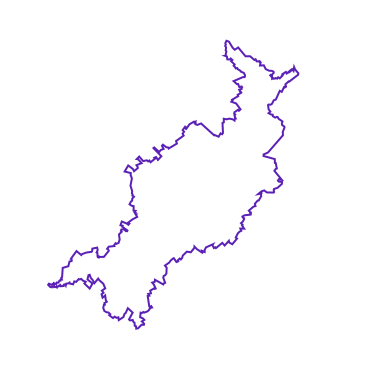 San Pelayo, Córdoba, Colombia, rotated 307°
{"feature_id": "7082276B81203589950086", "entity_name": "San Pelayo", "entity_type": "district", "adm_level": 2, "iso_a3": "COL", "parent_name": "Colombia", "parent_adm1": "Córdoba", "projection": "mercator", "projection_center": [-75.907, 8.989], "detail": "fine", "context": "isolated", "style": "outline", "palette": "violet", "viewbox_px": 384, "rotation_deg": 307, "n_neighbors": 0, "source": "geoboundaries", "source_scale": "gbopen_adm2", "svg_char_len": 6012}
<svg xmlns="http://www.w3.org/2000/svg" viewBox="0 0 384 384"><g transform="rotate(307 192 192)"><path d="M75.1,226.5L82.3,219.2L83.5,220.3L84.2,218.4L86.4,220.2L88.1,218.0L92.1,219.7L92.2,220.6L93.0,221.1L95.1,217.3L95.7,214.8L97.8,216.3L99.6,215.2L100.9,224.7L101.9,224.5L103.3,225.2L106.2,220.7L107.9,219.9L109.5,220.7L111.5,220.6L116.3,217.3L117.0,214.7L122.0,216.3L124.6,216.2L127.7,217.0L128.2,217.3L126.7,221.7L128.4,222.7L129.0,221.8L131.5,222.2L131.4,223.7L133.4,223.8L135.7,222.9L141.3,223.8L143.1,227.3L148.8,227.5L149.9,226.8L149.3,230.1L149.7,236.8L150.3,236.8L151.1,235.6L151.7,238.2L153.3,237.0L156.2,236.5L162.9,240.2L161.9,240.3L160.4,243.2L161.9,243.9L161.6,244.9L169.6,246.8L168.9,250.3L175.2,250.8L174.1,252.0L174.5,255.6L181.9,256.0L181.9,254.4L186.5,253.5L188.8,253.8L190.7,254.7L191.9,252.6L194.1,255.7L195.4,252.1L196.2,252.2L196.6,249.9L198.8,250.4L201.8,249.9L202.4,249.4L202.2,247.8L202.8,247.0L205.0,248.0L209.3,252.5L210.6,251.7L210.0,251.4L211.0,250.2L211.3,248.6L217.3,249.9L219.0,251.2L220.4,249.3L224.7,249.6L225.4,250.4L230.3,249.8L231.8,248.3L233.8,248.1L231.6,247.5L230.1,246.1L234.3,247.1L236.7,248.7L236.7,252.0L240.7,257.6L241.4,257.6L242.8,256.0L243.8,255.7L246.8,257.8L252.5,258.9L254.3,257.8L252.6,255.3L252.8,253.8L254.4,253.6L255.8,256.2L258.5,245.1L260.8,245.0L261.8,245.6L265.5,241.5L265.1,240.7L268.1,238.3L263.8,227.5L265.1,226.6L269.2,228.9L292.0,230.5L294.7,228.3L299.3,227.0L299.8,226.3L299.8,223.5L301.0,222.4L302.8,221.8L302.6,217.1L303.4,215.3L303.0,214.5L301.5,213.7L301.2,211.0L302.3,209.9L301.4,208.3L301.1,205.7L303.3,206.2L304.2,203.4L307.2,200.4L307.9,200.5L309.0,202.2L310.5,202.8L314.5,202.1L316.3,203.3L325.6,201.2L326.0,203.4L331.5,202.3L332.0,202.7L331.6,203.3L332.7,203.7L334.2,201.8L338.4,202.6L338.4,203.1L349.5,206.2L350.8,205.5L351.9,200.6L353.2,198.4L349.8,200.2L350.4,198.0L348.5,197.4L348.3,198.1L347.0,197.8L346.0,197.5L346.3,196.9L343.6,196.3L344.4,194.7L340.9,193.4L340.7,194.0L339.4,193.6L339.2,194.2L335.6,193.7L335.5,191.8L333.8,191.8L333.4,190.2L332.5,190.0L331.6,189.0L331.8,188.6L330.6,187.9L333.3,185.7L332.7,185.3L331.2,186.2L332.2,185.5L332.2,184.3L332.7,184.3L332.7,185.0L336.1,185.6L337.0,185.1L337.1,184.4L336.8,182.8L335.3,180.7L334.5,177.0L336.4,173.1L333.9,170.2L336.2,169.1L336.3,168.4L336.9,168.6L337.2,167.3L335.2,165.0L336.3,162.9L335.0,162.4L335.4,156.8L332.6,153.1L335.2,141.9L331.3,140.5L331.7,137.6L334.3,131.0L333.5,128.5L330.8,129.1L330.0,130.4L328.6,130.6L327.9,132.3L325.3,133.7L324.9,134.9L322.3,136.0L321.9,135.4L322.1,136.2L321.4,137.0L320.6,136.3L321.2,138.3L319.2,140.4L320.6,142.5L321.9,142.6L321.7,144.8L320.0,144.6L319.5,149.3L317.9,149.3L317.7,151.2L317.0,152.5L318.2,153.6L317.6,154.7L318.0,157.7L317.5,158.4L318.3,161.7L317.1,164.2L315.5,164.9L314.5,163.6L305.6,158.5L305.2,163.0L306.0,163.8L304.3,166.6L306.1,168.1L305.9,168.8L305.2,168.5L304.3,169.6L302.1,168.1L300.9,170.4L301.4,170.5L301.0,171.6L297.1,170.0L296.4,171.2L289.9,168.5L289.8,169.2L287.8,169.1L289.3,174.0L287.2,181.0L285.1,180.6L285.4,179.3L281.2,177.9L279.8,178.6L279.9,179.9L278.4,180.1L277.3,182.1L277.2,181.7L274.7,183.0L274.6,180.9L273.1,177.7L270.8,175.8L269.6,173.3L266.8,175.5L265.5,174.8L257.8,181.2L256.3,181.3L256.0,179.5L252.2,180.0L251.1,175.6L250.6,175.5L252.2,158.0L248.8,155.9L248.2,154.0L250.3,152.6L249.4,152.3L249.9,152.0L249.3,151.2L244.5,149.2L239.7,149.4L240.0,148.9L239.0,148.8L239.8,147.2L235.8,147.3L235.4,149.4L232.9,149.4L232.0,151.4L223.1,148.6L221.6,150.8L212.7,147.2L213.3,146.4L212.3,144.5L212.3,140.3L210.8,140.2L209.3,143.4L206.7,141.8L204.2,141.7L204.8,135.0L203.9,134.8L202.1,146.0L197.1,145.5L198.3,142.2L196.6,141.3L196.4,142.4L190.8,141.0L191.5,139.0L190.0,138.5L190.1,136.8L187.3,134.4L188.5,128.5L185.1,128.1L185.7,129.1L184.7,134.4L180.0,131.5L179.2,133.7L178.5,134.3L173.7,133.2L174.8,131.1L174.8,125.1L167.8,125.9L170.3,131.7L168.7,132.7L166.7,135.8L160.0,139.1L156.7,143.7L154.8,144.8L154.2,146.2L153.3,146.5L153.3,148.5L150.9,148.2L149.0,149.4L147.5,149.0L144.6,149.5L144.7,152.0L145.6,153.9L142.0,156.5L142.9,158.2L141.5,158.1L141.5,159.2L140.9,158.9L140.2,160.5L140.6,161.1L140.0,161.1L139.1,163.2L134.5,161.0L128.7,159.3L129.0,161.0L127.5,160.9L127.6,159.3L126.2,153.7L122.4,154.9L123.3,156.9L122.3,157.2L122.4,163.6L121.7,163.8L120.9,162.7L121.3,160.5L119.6,158.2L118.1,158.6L117.9,159.8L114.2,159.2L110.4,162.9L107.1,164.0L105.1,162.8L105.1,161.8L102.5,161.8L102.1,162.5L98.2,158.4L95.6,158.4L95.9,159.2L95.0,160.9L87.2,160.7L84.6,157.4L83.6,157.1L83.3,156.2L84.4,155.8L84.0,155.1L86.5,153.0L86.3,152.2L88.9,151.6L90.5,149.7L86.8,146.5L84.8,147.7L83.8,147.8L80.0,144.0L76.1,141.5L75.0,141.5L75.3,135.3L65.7,135.5L65.8,136.4L64.4,137.4L62.8,136.0L58.3,137.9L53.6,134.4L45.8,139.5L44.9,139.4L44.3,140.1L44.3,139.5L43.0,140.1L42.5,139.8L42.1,140.3L41.0,139.5L39.2,139.8L38.3,138.5L36.6,139.0L36.1,136.4L34.8,136.8L34.5,136.0L33.5,136.1L32.7,132.9L31.3,133.0L30.8,135.9L31.5,137.4L32.2,137.3L33.0,138.4L33.9,138.5L33.2,139.2L33.9,139.7L34.4,141.5L35.4,140.9L35.8,141.9L37.2,142.2L37.3,143.1L38.4,142.8L38.1,144.3L39.7,146.1L40.8,145.4L41.4,145.7L41.9,146.7L41.5,147.4L43.1,146.7L44.6,148.3L46.0,148.7L45.4,149.6L46.7,152.6L49.8,151.8L50.5,153.6L54.3,153.9L54.6,155.0L55.9,155.7L55.6,158.6L56.4,161.1L54.2,161.1L53.3,168.4L59.0,167.6L59.3,161.1L63.3,159.4L64.3,160.1L62.4,163.0L62.0,165.4L60.4,168.9L66.4,169.2L65.7,171.3L65.4,176.3L62.8,180.7L59.0,179.4L58.2,182.0L55.9,181.3L53.8,184.2L57.1,184.9L53.7,188.3L53.1,190.0L50.6,188.9L49.6,190.2L48.9,189.5L46.0,190.9L44.3,193.5L44.5,196.1L45.5,197.8L45.2,200.2L43.8,200.0L43.8,204.8L46.0,205.3L46.0,207.3L47.6,208.6L45.6,210.6L50.9,212.5L53.8,211.5L55.6,211.8L60.6,210.7L60.0,217.2L52.3,218.4L52.1,219.8L54.1,221.7L53.1,223.1L53.0,224.8L50.7,226.8L51.1,228.1L49.3,229.7L50.8,231.0L55.6,231.6L57.0,233.5L58.0,233.0L58.5,229.8L61.2,230.9L61.5,229.0L60.8,225.9L64.7,223.6L65.1,224.7L66.9,225.4L66.8,226.3L70.0,228.4L72.8,228.7L73.8,228.1L75.7,229.6L76.3,228.1L75.5,227.8L75.1,226.5Z" fill="none" stroke="#5b21b6" stroke-width="2"/></g></svg>